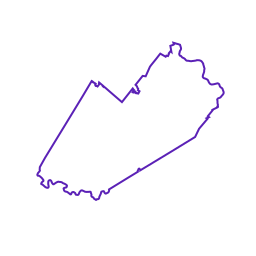 Miguel Alemán, Tamaulipas, Mexico (Natural Earth projection), rotated 39°
{"feature_id": "50627088B85594866218636", "entity_name": "Miguel Alemán", "entity_type": "district", "adm_level": 2, "iso_a3": "MEX", "parent_name": "Mexico", "parent_adm1": "Tamaulipas", "projection": "natural_earth1", "projection_center": [-99.092, 26.233], "detail": "fine", "context": "isolated", "style": "outline", "palette": "violet", "viewbox_px": 256, "rotation_deg": 39, "n_neighbors": 0, "source": "geoboundaries", "source_scale": "gbopen_adm2", "svg_char_len": 5661}
<svg xmlns="http://www.w3.org/2000/svg" viewBox="0 0 256 256"><g transform="rotate(39 128 128)"><path d="M84.1,213.9L85.5,215.9L85.8,216.2L86.1,216.3L86.3,216.5L86.5,217.4L86.4,219.3L86.4,219.5L86.5,220.0L86.7,220.7L86.9,221.3L87.0,221.4L87.2,221.6L87.5,221.7L87.7,221.8L87.9,221.8L88.0,221.7L88.7,221.3L89.0,221.1L89.6,221.0L90.0,221.0L90.4,221.0L92.6,221.1L92.8,221.2L93.2,221.3L94.4,221.5L94.7,221.7L95.1,221.8L95.4,222.1L95.5,222.3L95.6,222.6L95.4,223.3L95.3,223.9L95.2,224.5L95.3,225.0L95.5,225.7L95.6,225.9L95.8,226.1L96.1,226.1L97.1,225.8L97.7,225.8L98.2,225.8L100.2,225.9L101.2,225.9L101.8,225.7L102.5,225.5L103.0,225.2L103.4,224.8L103.5,224.4L103.5,224.1L103.4,223.8L103.0,223.2L101.4,221.9L100.8,221.2L100.3,220.5L99.9,219.9L99.7,219.7L99.6,219.4L99.6,219.1L99.6,218.9L99.6,218.6L99.7,218.4L99.8,218.1L100.0,217.9L100.1,217.7L100.4,217.5L100.5,217.4L100.9,217.4L101.5,217.4L101.7,217.5L102.1,217.7L102.8,218.1L103.6,218.5L104.3,218.7L104.9,218.8L105.2,218.8L105.4,218.7L105.5,218.6L105.7,218.4L105.8,218.0L106.2,216.7L106.6,215.4L106.8,215.0L107.0,214.6L107.4,213.9L107.5,213.7L107.9,213.4L108.4,213.2L109.7,212.3L110.1,212.1L110.7,211.9L111.0,211.8L111.8,211.8L112.1,211.8L112.8,211.6L113.6,211.3L114.1,211.2L114.6,211.1L115.4,211.0L115.8,211.0L116.3,211.0L116.6,211.1L116.8,211.2L117.0,211.5L117.2,211.9L117.4,212.4L117.4,212.6L117.4,212.9L117.4,213.0L116.8,213.7L116.7,213.9L116.5,214.3L116.0,215.1L116.0,215.3L116.0,215.5L116.6,216.0L117.0,216.3L117.4,216.6L117.8,216.8L118.2,216.9L118.5,216.9L118.8,216.9L119.3,216.8L120.4,216.2L120.7,216.1L121.3,215.9L121.7,215.9L122.2,215.9L123.1,215.9L123.3,215.9L123.7,215.8L124.8,215.9L125.0,215.8L125.2,215.7L125.3,215.6L125.4,215.4L125.4,215.2L125.3,214.7L125.2,214.5L125.0,214.0L125.0,213.6L125.0,213.4L125.1,213.1L125.3,212.7L125.7,212.2L125.9,212.1L126.1,212.0L126.3,211.9L127.0,211.9L127.6,211.8L127.9,211.8L128.1,211.9L128.4,212.1L128.8,212.4L129.1,212.5L129.4,212.6L129.7,212.5L131.0,211.7L131.3,211.3L131.4,210.9L131.4,210.6L131.1,209.7L130.8,208.7L130.7,208.2L130.8,206.4L130.9,206.1L131.0,205.9L131.2,205.7L131.5,205.4L132.2,205.2L132.8,205.0L133.7,204.8L134.7,204.6L135.6,204.0L136.1,203.7L137.0,202.9L137.4,202.6L137.7,202.3L138.2,201.8L138.6,201.4L139.0,201.2L139.5,201.3L140.1,201.9L141.0,202.4L141.2,202.5L141.5,202.7L141.8,203.1L141.9,203.4L142.1,203.7L142.4,203.9L142.7,204.1L143.3,204.1L143.8,204.1L144.4,203.9L144.8,203.8L145.1,203.9L146.1,204.3L146.4,204.3L146.9,204.2L147.3,204.1L147.5,204.1L148.2,204.1L148.4,204.0L148.5,203.9L148.6,203.5L148.7,203.0L148.8,202.9L148.8,202.7L149.0,202.6L149.4,202.2L149.6,202.0L149.7,201.8L149.7,201.7L149.8,201.2L149.7,200.7L149.5,200.3L149.0,199.4L148.4,196.8L148.2,196.1L147.5,194.7L147.5,194.1L147.9,193.4L148.5,192.7L148.9,192.4L149.3,192.5L149.8,192.7L150.4,193.0L151.2,193.2L151.8,193.1L152.1,192.9L153.1,190.8L153.2,190.2L153.1,189.7L152.9,188.9L152.5,188.2L151.9,187.7L159.4,166.4L163.2,155.8L162.8,155.6L162.6,155.4L162.4,154.7L162.3,154.3L162.2,153.7L162.1,153.4L162.0,153.2L162.1,152.8L162.1,152.7L162.3,152.5L162.7,152.5L163.0,152.6L163.6,152.6L164.0,152.8L164.2,153.1L176.6,118.7L185.8,92.7L183.7,83.8L183.9,74.2L184.0,71.0L182.9,71.0L184.1,68.6L182.6,68.6L182.6,68.2L182.6,61.0L182.2,60.9L182.4,60.2L184.6,55.5L184.0,55.1L184.3,54.6L183.6,53.9L183.1,53.2L182.4,52.8L181.7,52.1L181.1,51.4L180.5,50.6L179.5,49.9L179.4,49.7L179.3,49.4L179.3,48.7L179.4,48.2L179.6,47.9L180.2,46.8L180.5,46.3L180.6,45.9L180.6,43.9L180.7,42.5L180.6,41.4L180.4,40.8L180.0,40.2L179.6,39.8L177.4,38.5L176.8,38.1L176.0,37.9L175.6,37.9L175.1,38.0L174.1,38.0L173.5,37.9L173.2,37.8L172.5,37.4L171.8,36.9L171.5,36.7L171.1,36.6L170.6,36.6L170.0,36.7L169.5,36.9L169.2,37.3L167.3,39.8L166.7,40.5L166.2,41.0L165.8,41.4L165.4,41.7L165.0,41.8L164.7,41.9L164.3,42.0L163.5,42.0L161.9,41.5L160.9,41.0L160.3,40.6L159.5,40.5L158.9,40.5L158.1,40.7L157.1,40.9L156.0,41.4L155.5,41.5L154.7,41.5L154.1,41.3L153.8,41.1L153.0,39.8L152.8,39.2L152.2,37.5L151.9,36.7L151.6,36.1L151.4,35.9L150.9,35.2L150.7,34.9L150.4,34.2L150.1,33.7L149.7,33.4L148.7,32.8L148.3,32.4L147.8,32.1L147.4,31.8L146.6,31.3L146.3,31.1L146.1,30.8L145.8,30.6L145.2,30.4L143.8,30.0L143.3,29.9L142.7,29.9L142.1,30.0L141.6,30.2L141.0,30.4L140.4,30.8L139.5,31.4L139.2,31.7L138.8,32.0L138.4,32.7L138.0,33.2L137.0,34.3L136.6,34.7L135.7,35.6L135.4,36.0L135.1,36.3L134.1,37.0L132.9,37.6L131.6,38.5L131.3,38.7L130.9,38.8L130.0,38.8L128.7,38.5L127.9,38.6L127.2,38.6L126.1,39.0L125.5,39.0L123.7,38.7L123.1,39.0L122.8,39.1L122.7,39.1L122.2,38.9L121.6,38.6L121.1,38.1L120.7,37.1L120.6,36.8L120.4,36.6L120.2,36.3L120.1,35.9L119.9,35.5L119.8,34.9L119.8,34.6L119.6,33.5L119.3,33.0L119.0,32.6L118.0,31.9L116.7,31.0L116.2,30.8L116.0,30.6L113.8,31.4L112.6,32.0L111.2,32.5L109.6,33.2L110.2,33.6L110.4,33.3L111.1,33.8L111.0,34.6L109.2,37.5L113.9,41.6L113.6,41.6L112.7,41.3L112.7,42.8L112.7,44.6L112.9,44.2L113.0,44.9L113.3,45.0L113.8,46.9L112.3,47.6L112.4,48.9L106.3,49.9L106.3,51.6L106.4,56.5L106.4,57.9L106.4,64.7L106.5,66.6L109.2,76.7L106.6,78.3L106.7,88.7L106.7,89.7L108.8,90.0L110.1,90.9L111.1,91.0L112.1,92.4L113.8,92.2L114.3,94.7L112.9,95.2L113.1,95.4L112.5,95.7L112.4,95.9L111.5,96.1L111.3,96.1L111.1,95.5L111.1,95.4L110.8,95.4L110.7,95.4L110.6,95.2L110.5,95.3L110.3,95.4L109.9,97.0L109.1,97.3L108.7,95.2L108.6,94.9L108.6,94.7L108.2,94.7L106.8,94.3L106.8,95.0L107.0,111.7L97.0,111.4L90.8,111.2L85.6,111.0L83.5,111.0L83.4,111.4L82.0,111.4L81.9,111.3L81.9,110.9L76.9,110.8L77.4,111.7L78.1,111.9L78.2,114.9L77.3,115.0L76.5,115.6L76.0,115.5L75.5,115.0L75.3,115.0L75.2,114.0L73.9,114.0L72.0,114.5L72.0,114.2L70.7,114.2L70.2,114.3L72.7,131.5L76.3,158.3L82.3,203.5L84.1,213.9Z" fill="none" stroke="#5b21b6" stroke-width="2"/></g></svg>